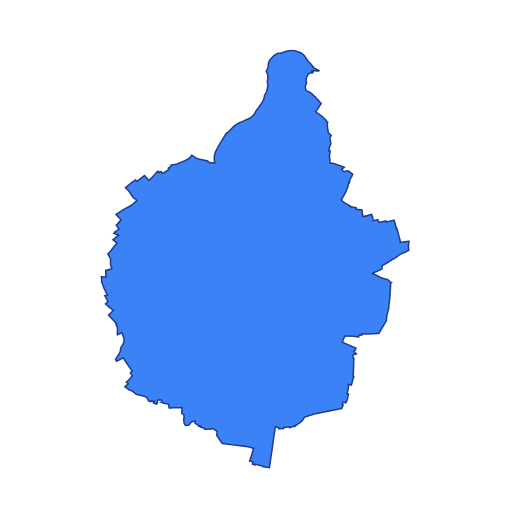 the district of Maastricht, Limburg, Netherlands, rotated 7°
{"feature_id": "6326949B62006643577312", "entity_name": "Maastricht", "entity_type": "district", "adm_level": 2, "iso_a3": "NLD", "parent_name": "Netherlands", "parent_adm1": "Limburg", "projection": "albers", "projection_center": [5.703, 50.858], "detail": "fine", "context": "isolated", "style": "filled", "palette": "blue", "viewbox_px": 512, "rotation_deg": 7, "n_neighbors": 0, "source": "geoboundaries", "source_scale": "gbopen_adm2", "svg_char_len": 6015}
<svg xmlns="http://www.w3.org/2000/svg" viewBox="0 0 512 512"><g transform="rotate(7 256 256)"><path d="M238.8,438.8L245.3,446.2L271.7,446.3L277.0,447.2L276.4,451.0L275.4,456.8L274.6,460.2L278.1,460.8L277.8,463.0L280.8,463.5L280.9,462.7L289.1,463.9L289.0,464.3L295.1,464.4L295.7,439.1L295.6,438.7L295.7,437.3L295.6,436.9L296.0,423.2L299.3,423.6L299.7,424.8L303.3,424.0L303.7,424.0L304.0,424.2L304.3,423.3L305.8,422.5L308.1,421.9L309.5,421.7L310.3,422.4L310.6,422.1L313.9,420.6L314.3,420.2L316.2,419.1L316.1,419.6L316.8,418.8L320.3,415.7L322.1,413.8L323.8,410.0L333.2,405.7L359.7,396.9L360.7,393.2L359.6,392.9L360.2,390.5L363.1,390.8L364.3,386.6L364.2,384.0L364.7,381.8L362.9,381.3L363.7,377.6L363.7,372.7L363.1,372.7L363.2,372.1L366.4,372.5L367.2,366.7L367.8,364.0L366.9,363.9L367.0,362.6L367.1,361.8L366.4,355.5L366.4,354.4L365.8,348.8L365.7,345.8L364.9,345.6L364.2,343.0L364.7,341.8L366.1,341.6L366.3,341.7L367.5,340.9L364.7,339.1L365.9,337.3L366.5,335.3L352.3,331.1L352.7,328.2L354.2,324.6L361.2,323.8L367.7,323.9L367.9,322.8L367.9,321.8L370.4,321.8L370.8,321.3L370.6,320.4L376.5,319.8L387.3,317.9L393.3,304.3L393.1,297.8L393.4,297.6L394.1,291.9L393.8,285.3L394.0,282.5L393.0,266.3L393.3,266.0L393.0,266.0L389.4,263.2L386.8,263.1L382.7,262.3L375.0,259.4L373.9,259.5L373.7,258.9L378.5,256.1L382.6,253.6L382.5,250.0L384.3,248.9L386.7,247.1L388.2,245.7L394.8,240.6L396.2,239.5L397.4,238.0L398.9,236.8L401.5,235.2L403.9,233.9L405.6,232.6L406.9,231.9L406.0,226.9L406.0,224.2L406.2,222.8L406.0,222.7L397.5,224.9L397.4,224.6L397.7,224.4L392.4,211.3L392.0,211.4L388.7,203.6L381.3,206.4L380.8,205.3L374.0,207.7L372.5,205.1L368.1,206.7L367.1,203.5L365.7,200.6L361.7,202.2L361.8,202.4L360.0,203.2L359.8,202.8L357.4,204.0L356.8,203.2L356.9,202.0L356.4,200.8L356.4,200.4L355.8,199.3L356.0,198.4L355.9,197.8L355.7,197.4L349.7,197.4L349.5,195.9L345.2,195.6L345.0,196.0L343.2,195.3L343.4,194.9L338.6,193.0L335.0,191.1L333.9,189.4L335.3,186.6L337.0,182.3L337.5,180.7L338.9,175.2L338.7,174.6L339.3,172.1L339.2,171.1L339.3,171.0L339.7,171.4L339.8,169.9L340.1,168.2L340.8,166.2L341.4,165.4L342.0,163.0L336.9,160.2L332.9,161.5L330.4,159.7L332.8,157.2L321.7,154.6L318.4,154.9L317.9,153.1L317.4,150.8L316.8,148.9L316.7,147.4L316.8,143.6L316.6,142.5L316.2,142.8L315.7,142.8L315.8,142.6L315.4,141.2L315.4,140.8L315.6,139.3L316.5,136.0L316.6,135.3L315.5,131.8L315.1,131.0L315.0,130.2L315.0,129.3L315.2,128.7L316.1,127.4L313.3,125.2L312.9,124.7L312.6,124.3L312.2,123.1L312.3,123.0L312.2,122.5L311.2,119.6L311.1,118.8L311.1,118.0L310.6,116.8L310.6,116.3L310.9,114.7L309.7,113.8L309.3,113.0L308.6,112.3L306.8,111.2L306.0,110.6L305.5,109.9L297.7,105.6L302.1,96.8L301.3,96.0L300.3,95.3L298.3,93.2L297.0,92.4L295.5,90.9L294.0,90.0L292.3,88.5L291.8,88.3L291.1,87.8L290.2,87.4L289.4,86.9L286.3,86.0L285.5,85.5L285.1,84.6L284.6,83.5L284.2,81.5L284.8,79.2L285.0,78.6L284.9,78.2L285.0,78.0L284.9,77.4L284.3,75.9L284.2,74.6L284.3,74.4L284.2,73.8L284.4,72.6L284.6,71.9L285.7,69.4L286.5,68.1L287.2,67.7L288.1,67.6L288.7,67.6L289.4,67.4L288.5,67.0L289.0,65.6L290.2,66.1L290.4,65.8L290.2,65.1L290.3,64.9L293.6,65.0L295.7,64.7L295.9,64.3L289.7,61.9L289.9,61.2L289.5,61.1L286.9,58.6L284.1,56.4L279.5,51.2L276.4,49.1L273.1,48.2L269.5,47.6L265.7,47.8L262.2,48.7L256.2,51.5L252.6,52.3L249.6,54.7L247.5,57.3L245.4,60.6L244.8,64.1L245.0,67.7L243.6,71.4L245.5,74.6L246.2,78.2L245.9,81.6L247.0,85.1L246.8,88.8L246.3,92.3L244.9,95.5L244.7,99.2L243.5,102.5L240.3,108.7L238.5,111.7L237.2,115.0L235.2,118.0L232.6,120.3L229.4,122.1L226.6,124.0L223.3,125.7L220.7,127.7L218.1,130.0L216.0,132.9L214.0,135.6L211.4,138.0L205.6,151.0L203.1,157.5L202.5,161.0L202.7,164.5L203.7,169.0L199.8,168.8L199.8,169.0L197.3,168.8L196.5,167.5L185.7,166.6L180.0,163.8L178.7,166.1L178.3,166.5L176.7,167.9L174.5,169.6L171.3,171.6L167.8,173.4L166.1,174.6L160.7,176.0L160.4,177.8L158.2,179.6L159.0,180.8L153.2,185.5L151.5,183.7L150.0,185.0L149.3,184.1L148.6,184.8L148.0,184.0L143.1,190.9L140.4,194.0L135.5,189.7L128.7,196.5L127.1,195.1L124.8,197.5L124.6,197.3L118.1,204.1L121.7,206.9L126.9,212.9L127.3,213.2L129.9,214.5L131.0,215.7L130.1,216.5L128.5,218.4L125.7,221.2L122.3,223.6L119.8,225.3L112.0,231.8L114.2,233.8L116.3,235.4L117.7,236.6L115.6,239.3L116.0,239.6L115.3,240.3L113.5,242.4L116.7,246.0L112.7,249.7L113.0,250.1L112.3,250.8L117.1,252.2L112.0,257.3L116.5,260.3L113.4,264.8L111.0,269.0L108.7,272.0L112.0,276.6L112.2,277.2L112.1,278.0L112.4,279.5L112.5,281.9L114.5,286.1L109.9,288.1L108.6,288.5L109.7,295.3L105.1,295.3L106.0,300.5L105.9,300.6L106.8,302.0L109.0,306.3L109.7,307.5L113.4,313.0L110.8,313.8L114.7,319.3L112.4,321.9L117.7,325.5L120.9,327.3L116.9,332.9L121.4,336.4L124.3,338.9L125.9,340.6L125.4,341.0L127.0,343.7L127.2,344.2L127.4,345.4L127.8,349.9L128.0,350.8L128.1,351.1L132.2,348.5L134.5,352.8L134.5,353.0L135.5,355.8L135.5,356.4L134.8,359.7L132.9,363.7L133.0,366.7L132.1,369.8L131.0,371.8L129.6,374.9L129.3,375.4L129.3,375.8L129.5,376.2L130.4,377.5L134.6,374.7L136.7,373.1L139.5,376.8L147.2,385.5L145.5,387.4L147.9,389.8L145.1,394.2L142.7,397.1L144.9,398.4L143.4,399.8L141.8,401.7L142.3,402.1L145.5,403.8L146.1,404.3L147.3,404.5L149.1,405.0L150.6,405.7L154.1,407.9L161.4,408.7L162.9,409.0L164.2,409.5L165.5,410.5L166.0,411.4L166.9,412.9L169.1,413.4L169.4,412.7L169.8,412.9L169.9,412.7L171.0,412.7L172.9,412.6L172.0,413.8L172.0,414.2L175.1,415.3L175.8,414.4L175.9,411.6L176.1,410.7L178.1,410.7L179.5,410.3L179.8,411.1L180.6,412.2L180.0,412.6L180.6,412.6L181.8,413.0L181.8,413.3L187.5,413.8L187.9,416.3L188.5,417.5L192.4,416.7L201.0,415.6L201.3,418.9L201.2,419.0L201.4,421.1L202.6,421.9L203.4,422.1L203.7,422.3L204.2,424.7L204.3,426.6L204.1,426.8L204.5,428.6L204.9,430.2L205.2,431.0L206.4,432.6L206.6,432.7L207.2,432.7L208.2,432.4L208.9,432.4L209.2,432.3L209.9,432.0L210.5,431.3L211.4,429.6L212.3,428.5L213.1,428.0L215.8,427.4L215.6,427.9L215.5,428.7L216.2,429.7L219.6,431.0L219.7,432.0L222.0,431.7L221.9,432.6L224.3,433.2L226.1,433.4L226.5,434.3L230.1,433.5L232.3,433.5L233.6,432.4L238.9,434.7L238.8,438.8Z" fill="#3b82f6" stroke="#1e3a8a" stroke-width="1.5"/></g></svg>